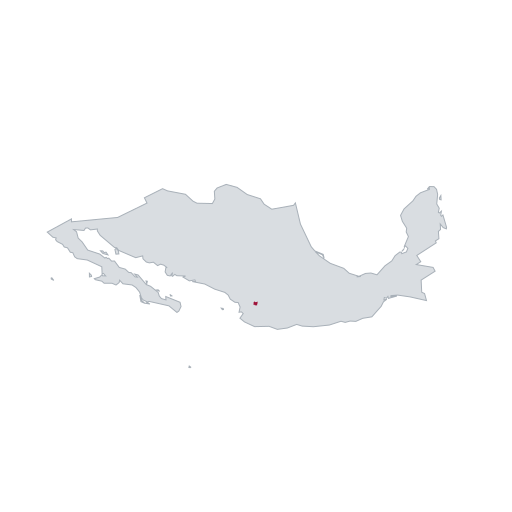 location of San Juanito de Escobedo, Jalisco, Mexico, rotated 332°
{"feature_id": "50627088B12076447392742", "entity_name": "San Juanito de Escobedo", "entity_type": "district", "adm_level": 2, "iso_a3": "MEX", "parent_name": "Mexico", "parent_adm1": "Jalisco", "projection": "albers", "projection_center": [-104.014, 20.814], "detail": "fine", "context": "in_parent", "style": "filled", "palette": "rose", "viewbox_px": 512, "rotation_deg": 332, "n_neighbors": 0, "source": "geoboundaries", "source_scale": "gbopen_adm2", "svg_char_len": 4451}
<svg xmlns="http://www.w3.org/2000/svg" viewBox="0 0 512 512"><g transform="rotate(332 256 256)"><path d="M82.9,136.9L110.5,136.6L109.1,139.2L151.9,157.0L184.6,158.1L184.8,152.2L205.1,152.7L208.5,157.0L222.7,168.4L226.1,178.0L228.7,181.7L242.1,189.2L246.4,186.4L249.6,179.3L253.6,177.7L263.3,178.8L271.5,186.5L277.1,197.6L286.8,207.6L287.5,214.1L291.9,222.1L313.0,228.9L315.7,227.6L310.2,248.7L309.1,273.8L310.3,279.1L316.1,286.1L315.1,290.0L315.2,286.1L310.4,280.1L312.1,285.7L318.1,297.3L327.7,308.1L330.2,315.0L336.9,321.8L335.1,321.7L338.9,323.3L337.7,322.3L344.5,322.8L349.5,325.0L354.0,329.4L365.3,325.2L373.6,324.1L379.0,321.0L384.9,320.0L386.1,321.0L385.8,322.4L390.7,323.0L393.7,320.5L392.6,316.9L391.1,318.0L391.4,317.2L399.7,310.4L399.9,305.3L402.1,302.2L401.5,294.1L402.7,288.0L408.9,283.9L420.4,281.0L425.3,278.4L430.9,277.4L440.4,278.6L441.0,277.2L438.6,277.4L441.7,276.1L445.7,278.3L446.7,281.9L445.3,286.9L440.0,294.9L440.2,299.8L437.5,303.1L438.1,304.1L440.8,303.4L438.2,306.8L438.4,308.0L440.3,307.5L437.7,320.2L436.8,321.4L434.6,318.8L433.7,314.2L431.4,319.2L428.6,319.9L425.6,326.6L421.5,326.9L421.3,329.0L398.2,331.0L398.8,338.4L393.5,338.8L407.0,349.2L407.0,353.5L390.5,354.8L385.3,365.8L387.2,368.3L385.6,375.4L372.8,364.4L362.7,357.0L356.6,354.3L356.0,355.1L361.6,357.5L353.0,355.6L353.5,353.6L351.3,354.5L349.8,352.9L348.3,354.8L351.2,355.6L347.0,356.3L342.9,359.2L329.7,364.1L320.9,361.1L313.5,360.6L308.5,357.6L303.6,356.5L300.4,353.5L288.4,351.4L273.5,345.4L263.9,339.6L259.8,335.5L249.9,334.3L240.4,330.8L234.5,324.2L221.6,317.7L214.9,308.8L212.6,303.4L217.7,300.8L216.9,298.5L214.6,297.7L218.0,293.6L218.4,288.7L215.7,287.0L213.0,282.0L213.1,277.5L211.4,273.5L204.0,265.9L197.6,256.7L187.7,248.6L190.6,250.2L190.8,248.4L185.5,246.7L181.7,240.4L184.4,240.6L176.8,236.2L175.7,234.1L172.8,234.8L172.3,233.9L174.6,231.5L170.8,233.3L168.6,231.4L168.3,227.4L171.1,223.8L172.1,224.6L170.3,220.8L167.9,218.4L164.6,218.3L162.5,213.3L158.6,212.0L156.3,209.8L154.9,205.4L156.0,202.7L149.0,201.0L137.4,186.6L136.9,183.3L135.1,182.1L128.1,164.6L127.7,159.4L128.6,157.7L122.1,155.2L120.7,152.3L118.6,151.3L116.1,152.7L107.4,147.0L108.9,150.4L107.4,156.7L109.1,162.0L110.2,171.8L119.0,181.0L121.6,186.9L123.0,186.8L123.7,188.5L125.0,188.8L126.1,192.7L128.7,194.0L129.9,201.9L134.4,206.2L135.9,210.7L138.0,212.2L139.4,217.6L141.3,219.0L140.4,215.0L143.0,217.4L145.7,229.7L148.7,233.3L152.5,242.2L151.8,245.9L152.5,249.2L155.9,252.5L157.3,249.4L167.2,261.2L166.1,265.4L162.0,268.4L159.7,268.7L155.7,259.1L140.2,245.8L138.8,245.9L135.7,241.8L135.2,239.1L136.3,233.2L135.2,227.5L133.0,223.4L125.5,218.1L124.2,213.3L122.7,215.2L118.8,215.9L116.1,212.5L109.1,208.7L108.1,205.9L103.0,201.5L102.6,200.1L108.1,201.2L111.4,200.2L111.3,201.5L113.9,203.0L113.1,199.7L111.8,199.4L114.8,193.1L105.1,180.3L96.9,174.4L95.5,171.6L95.8,167.1L93.8,165.5L93.4,160.3L90.9,158.0L90.7,154.9L87.2,149.9L86.7,147.6L88.0,146.2L85.5,144.1L82.9,136.9ZM136.9,186.7L135.9,189.8L133.2,188.6L134.5,184.0L136.1,183.6L136.9,186.7ZM125.8,185.5L122.0,181.9L121.1,178.4L123.1,179.6L123.4,181.6L125.4,182.2L125.8,185.5ZM445.8,293.3L444.7,292.3L445.1,290.9L447.6,289.4L445.8,293.3ZM135.7,245.7L133.0,242.3L135.0,235.9L134.2,241.7L135.7,245.7ZM101.2,196.9L99.1,196.3L100.8,193.0L101.6,195.6L101.2,196.9ZM66.0,182.6L64.4,180.2L64.8,179.3L65.5,179.4L66.0,182.6ZM138.1,245.9L139.8,248.6L136.2,245.9L138.1,245.9ZM202.4,286.9L202.1,288.0L201.1,287.6L200.8,285.7L202.4,286.9ZM153.7,239.9L154.3,242.0L152.5,239.4L153.7,239.9ZM147.2,226.4L148.2,227.3L146.6,229.1L147.2,226.4ZM146.2,323.5L145.5,323.7L144.4,322.9L145.4,321.8L146.2,323.5ZM388.9,319.8L386.9,320.4L390.3,319.0L388.9,319.8ZM163.0,251.7L161.9,251.4L161.9,249.5L163.0,251.7Z" fill="#d9dde1" stroke="#a8b0b8" stroke-width="1"/><path d="M234.5,297.8L234.4,297.8L234.4,297.7L234.3,297.4L234.2,297.4L234.1,297.5L233.9,297.6L233.7,297.5L233.7,297.4L233.1,297.4L233.1,297.2L233.1,296.7L232.9,296.5L232.7,296.5L232.4,296.6L232.3,296.8L232.2,296.8L232.3,296.8L232.3,297.0L232.4,296.9L232.5,296.8L232.5,297.0L232.4,297.1L232.5,297.1L232.5,297.3L232.5,297.5L232.5,297.8L232.5,298.1L232.8,298.3L232.7,298.4L232.7,298.5L232.8,298.5L232.7,298.5L232.8,298.5L233.0,298.5L233.0,298.4L233.1,298.5L233.1,298.4L233.1,298.5L233.1,298.8L233.3,298.9L233.4,299.0L233.5,299.0L233.7,298.9L233.8,298.8L233.9,298.7L234.0,298.5L234.1,298.4L234.3,298.3L234.3,298.2L234.4,297.9L234.5,297.8Z" fill="#f43f5e" stroke="#9f1239" stroke-width="1.5"/></g></svg>